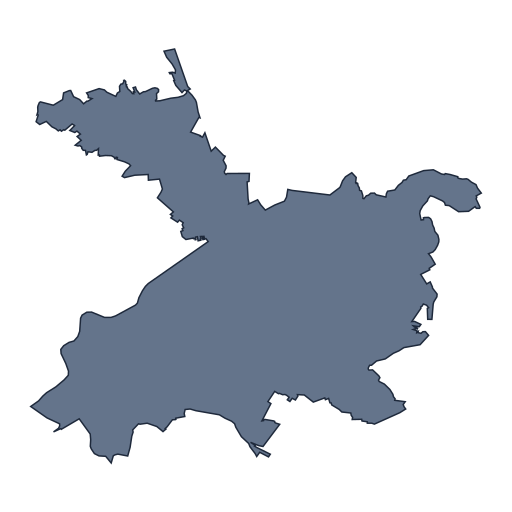 outline of Targu Mures, Mures, Romania
{"feature_id": "2599482B75389931397791", "entity_name": "Targu Mures", "entity_type": "district", "adm_level": 2, "iso_a3": "ROU", "parent_name": "Romania", "parent_adm1": "Mures", "projection": "equal_earth", "projection_center": [24.558, 46.548], "detail": "fine", "context": "isolated", "style": "filled", "palette": "slate", "viewbox_px": 512, "rotation_deg": 0, "n_neighbors": 0, "source": "geoboundaries", "source_scale": "gbopen_adm2", "svg_char_len": 5966}
<svg xmlns="http://www.w3.org/2000/svg" viewBox="0 0 512 512"><path d="M425.4,331.6L422.9,331.7L421.0,333.3L417.9,332.6L418.2,331.5L416.7,332.6L416.9,330.7L413.2,329.5L416.1,328.5L417.4,328.9L417.6,328.2L414.4,327.0L413.2,325.8L419.3,326.7L420.9,324.4L414.5,321.4L411.8,321.6L420.9,308.3L420.7,307.0L422.2,306.0L423.3,304.0L426.6,305.2L428.6,307.7L427.3,308.4L427.7,319.3L431.9,319.4L433.2,304.1L433.8,301.9L436.9,296.8L437.1,294.1L432.5,288.1L432.4,286.9L430.2,281.9L426.7,283.9L420.7,274.4L429.8,269.8L429.2,268.3L435.2,264.2L431.1,257.0L428.5,253.7L432.9,252.0L435.2,249.6L437.6,245.3L438.8,241.9L438.9,239.4L437.9,235.2L434.8,231.4L434.1,228.1L432.6,224.9L432.0,221.6L430.6,218.8L428.6,217.4L424.5,217.5L423.4,217.8L423.5,219.7L421.1,220.0L419.7,213.6L420.2,210.6L422.8,205.9L427.4,200.9L428.1,198.7L430.3,195.8L433.6,196.7L442.5,200.9L444.5,202.5L445.4,205.2L449.2,205.6L458.6,211.7L468.6,211.3L475.1,206.6L476.3,208.3L479.6,208.3L480.0,207.3L476.1,198.9L476.8,197.2L476.2,195.9L481.3,193.1L477.5,188.1L476.0,184.6L471.5,182.2L468.1,179.4L466.6,178.8L462.5,179.1L458.8,178.4L457.7,177.7L457.8,176.7L450.1,174.5L445.2,173.6L444.6,174.5L441.5,174.0L433.4,169.8L423.7,170.6L408.8,176.0L406.2,179.7L403.4,180.2L402.0,182.5L398.4,185.3L394.8,190.0L387.6,191.2L386.4,193.7L385.9,197.0L376.2,194.8L374.5,193.1L370.7,193.2L368.5,195.2L366.3,195.8L364.0,198.7L362.9,198.4L362.8,195.4L361.4,190.9L359.6,190.3L359.3,187.9L358.0,185.6L357.7,183.4L356.8,182.9L356.2,183.5L355.6,182.7L356.2,177.4L351.8,172.7L345.5,176.8L342.6,180.8L340.2,186.9L339.4,187.8L329.9,195.0L292.0,190.4L287.8,189.4L286.5,197.2L284.4,201.2L274.8,205.0L265.3,210.1L260.7,204.8L257.6,199.8L248.6,204.0L248.9,202.8L248.1,199.0L247.1,181.9L249.0,181.4L249.4,173.4L227.1,173.5L226.0,174.5L224.6,173.1L224.3,171.6L226.0,168.2L226.1,165.8L223.2,160.3L225.2,156.2L223.5,155.4L215.4,147.1L211.2,151.2L204.9,132.8L202.5,137.2L200.1,136.1L200.4,135.6L190.6,132.1L198.9,117.4L200.0,117.8L198.1,111.9L196.4,102.4L195.4,99.9L192.0,95.2L188.8,91.9L187.0,90.9L190.2,89.0L187.7,86.5L174.6,49.0L164.0,51.2L166.7,57.3L172.1,64.0L175.5,69.9L175.2,73.1L172.6,72.2L169.3,72.6L169.9,73.8L171.9,73.7L174.6,80.3L173.7,80.6L175.8,85.4L182.0,92.6L184.4,90.0L186.8,90.9L186.4,93.3L183.5,95.7L178.1,97.3L170.8,98.2L159.8,100.8L155.6,101.0L155.5,100.3L156.8,99.0L156.5,93.6L158.5,91.8L158.6,89.6L157.4,88.4L154.9,87.8L152.4,88.3L145.5,91.6L143.4,91.8L139.7,94.0L136.4,89.8L135.5,87.0L133.1,87.7L134.7,92.0L133.4,91.8L133.8,93.7L132.4,93.6L130.7,91.4L127.6,88.6L127.3,87.0L126.5,86.9L126.2,85.6L126.8,84.9L125.7,84.0L125.7,81.4L124.4,80.2L123.8,80.4L124.1,80.9L122.7,83.8L120.9,84.1L119.5,86.3L119.8,91.5L117.4,93.0L115.8,96.4L106.8,92.2L104.4,89.9L99.1,88.6L86.6,92.9L88.3,95.5L88.2,97.6L92.0,98.6L87.9,101.2L86.9,101.1L83.6,103.8L79.7,99.6L73.6,96.7L70.7,90.5L69.3,90.6L63.6,92.9L62.6,99.6L53.3,105.2L40.5,101.9L39.4,102.5L38.1,105.5L37.7,107.2L37.9,111.6L37.0,114.6L37.6,114.2L38.2,115.1L36.1,121.7L39.7,124.5L46.3,121.4L51.9,126.8L55.8,128.8L58.3,130.9L60.1,129.8L61.4,131.2L63.8,129.7L64.8,130.2L72.1,124.0L74.2,125.2L74.6,125.6L69.8,130.5L74.8,132.5L76.9,131.1L80.4,134.1L77.1,136.5L81.2,140.3L75.2,145.2L77.9,146.0L79.9,145.6L81.7,147.0L81.7,148.3L83.2,150.3L85.5,150.4L86.4,154.9L87.2,154.4L88.0,151.8L92.0,152.3L94.9,150.4L96.5,150.3L98.5,148.6L98.2,155.1L99.4,155.0L99.5,156.2L105.5,155.5L111.4,155.7L114.1,157.2L114.9,158.8L115.5,158.7L116.2,157.2L117.4,157.5L117.0,159.5L124.5,161.8L129.0,163.9L130.6,165.7L125.3,171.2L122.1,176.2L124.5,177.6L134.8,175.2L148.2,174.5L148.4,180.2L159.5,179.1L162.4,189.0L161.0,192.2L157.4,197.8L173.4,211.9L170.4,214.4L172.7,216.0L170.9,217.9L177.6,222.2L179.4,220.1L183.2,222.7L182.2,224.8L183.7,227.8L182.1,228.7L182.9,230.6L180.8,231.4L182.3,236.6L185.9,239.5L193.2,238.1L193.4,238.7L194.8,238.3L195.2,239.8L196.0,239.6L195.6,237.1L197.4,236.7L198.1,240.8L200.8,240.2L200.4,239.1L201.1,238.9L200.4,236.5L202.1,236.4L202.9,239.6L203.9,239.4L203.1,236.5L203.9,236.3L204.8,239.1L206.0,238.7L208.2,241.6L148.3,283.5L145.4,286.4L142.5,290.7L138.9,297.7L137.4,303.1L135.5,305.1L115.6,315.9L111.1,317.4L104.5,317.4L91.6,312.1L86.8,312.2L82.1,315.1L80.6,318.2L79.7,331.3L77.8,336.6L73.9,341.0L69.0,342.4L63.7,345.7L60.8,349.4L61.1,353.6L65.8,363.5L68.5,371.1L68.3,375.3L64.0,380.0L55.8,386.9L46.6,392.7L42.8,396.1L38.6,400.9L30.7,406.5L47.0,417.9L59.6,423.8L59.7,425.9L58.5,428.3L53.5,431.9L60.8,428.6L61.3,429.3L79.2,418.8L90.2,434.0L90.7,439.7L90.3,446.3L91.2,448.8L94.4,453.6L99.0,455.9L105.7,456.3L111.2,463.0L113.3,455.8L114.8,454.9L117.8,454.1L127.7,456.0L130.1,447.3L131.8,436.1L133.1,432.1L132.7,429.9L138.5,423.8L140.0,424.2L147.2,423.2L156.8,426.5L163.0,431.6L165.9,429.1L165.2,428.5L167.0,426.9L172.4,419.8L175.5,419.6L175.9,419.4L175.7,418.2L184.8,416.5L184.2,413.5L185.1,409.5L190.1,409.0L195.9,410.7L219.4,414.8L225.0,418.2L231.6,421.2L234.6,423.7L235.8,427.2L241.4,436.7L248.7,443.5L250.0,446.8L255.1,453.5L256.7,456.5L259.7,452.3L268.5,456.9L270.3,454.2L256.8,447.5L254.5,446.1L255.2,445.5L254.9,445.2L250.5,442.3L258.7,445.6L263.0,446.5L279.7,424.3L275.6,423.0L274.8,422.5L274.7,421.4L273.6,420.9L264.8,419.4L263.7,419.7L263.6,420.6L261.9,420.9L270.9,403.6L267.9,401.6L274.7,391.4L278.5,393.7L279.6,393.4L282.6,394.7L285.0,394.5L286.5,395.2L289.1,397.2L287.3,399.8L289.9,401.5L292.2,398.3L295.4,400.0L297.9,396.1L297.4,394.6L304.3,395.0L313.3,402.1L324.8,397.9L325.4,399.7L328.6,398.4L329.9,402.8L331.2,403.0L331.7,404.9L339.3,409.5L341.8,412.0L350.8,413.0L351.2,415.3L352.6,417.3L352.2,419.5L361.7,419.3L362.0,421.0L367.3,421.8L367.3,423.2L371.8,423.2L374.4,424.1L399.8,412.7L405.7,409.0L404.0,406.7L403.2,404.5L405.2,401.7L394.7,400.3L395.1,398.8L393.5,396.8L392.9,394.3L389.9,389.5L384.4,384.1L379.2,381.5L378.5,380.1L379.9,377.7L378.8,375.8L372.6,369.9L369.0,370.1L368.2,369.0L368.4,367.6L369.6,365.3L371.6,365.2L376.5,361.0L385.3,358.9L393.3,353.3L399.0,350.8L403.9,347.6L420.1,344.7L428.6,335.4L425.4,331.6Z" fill="#64748b" stroke="#1e293b" stroke-width="1.5"/></svg>